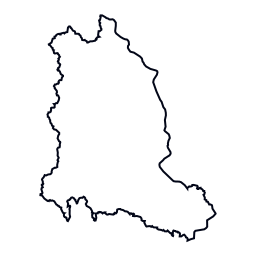 Hinthada, Ayeyarwady, Myanmar (orthographic projection)
{"feature_id": "60261553B48695999525720", "entity_name": "Hinthada", "entity_type": "district", "adm_level": 2, "iso_a3": "MMR", "parent_name": "Myanmar", "parent_adm1": "Ayeyarwady", "projection": "orthographic", "projection_center": [95.142, 17.923], "detail": "fine", "context": "isolated", "style": "outline", "palette": "ink", "viewbox_px": 256, "rotation_deg": 0, "n_neighbors": 0, "source": "geoboundaries", "source_scale": "gbopen_adm2", "svg_char_len": 5669}
<svg xmlns="http://www.w3.org/2000/svg" viewBox="0 0 256 256"><path d="M129.0,44.6L128.7,41.7L128.0,40.5L126.9,39.5L125.2,39.3L123.4,38.6L120.6,37.0L116.2,33.5L115.3,31.9L115.2,30.7L115.8,25.9L115.8,22.6L114.0,20.1L112.7,19.3L110.5,19.5L109.3,19.4L107.8,18.4L106.3,18.1L105.7,17.4L102.2,15.4L100.5,15.4L100.2,16.3L100.7,16.9L100.0,20.0L99.1,20.4L99.5,22.1L100.1,22.8L99.8,23.1L100.1,23.5L99.7,24.4L99.8,25.6L100.5,26.1L100.8,28.1L101.4,28.8L101.4,29.8L99.7,31.2L98.6,31.2L98.1,35.2L98.3,35.9L99.4,36.8L97.4,37.2L96.4,38.3L96.7,38.9L96.4,39.6L95.7,39.4L95.1,40.7L92.3,41.3L90.3,41.3L88.0,42.5L87.2,42.5L86.7,41.2L84.9,40.3L84.7,39.9L83.7,40.2L82.2,40.0L81.8,38.1L80.9,37.2L80.5,35.6L79.3,34.8L79.1,34.1L78.5,33.8L75.3,33.7L75.0,31.8L74.7,31.3L72.9,30.6L71.3,28.1L70.7,27.9L70.5,27.1L70.0,26.5L69.1,26.4L68.0,27.5L67.3,32.1L65.6,32.4L64.5,33.3L64.3,32.8L63.6,32.8L61.0,33.5L60.7,34.5L59.7,34.4L59.2,33.8L57.8,34.1L56.4,34.9L55.6,36.3L54.5,36.6L54.7,38.2L52.7,38.7L51.5,42.6L48.8,44.3L49.0,44.9L50.0,45.2L52.1,47.9L52.6,48.0L52.8,49.7L53.8,50.2L53.5,50.6L54.1,53.1L54.8,53.5L57.4,53.1L57.9,53.4L58.0,54.1L59.1,55.1L59.2,56.0L59.9,56.8L58.4,58.7L58.9,59.2L58.6,60.3L58.0,60.9L57.8,61.6L58.6,62.3L58.5,63.1L60.1,64.2L60.2,64.6L59.3,67.2L58.2,67.9L58.4,69.0L57.7,69.1L57.4,69.6L57.8,70.5L59.0,70.8L59.8,71.4L60.8,74.1L63.0,75.6L63.0,76.2L62.5,76.5L62.5,76.8L61.9,77.7L61.4,80.1L59.6,80.2L58.9,80.9L58.5,81.8L58.9,82.7L58.3,83.7L57.4,83.6L55.7,84.6L54.9,84.5L53.9,86.1L54.8,87.5L54.7,88.2L56.8,90.9L57.0,92.3L56.4,93.5L56.9,95.3L57.7,95.2L58.2,95.6L59.2,97.9L58.7,100.3L57.3,103.1L56.1,103.1L55.2,103.9L54.0,104.0L54.7,104.9L54.6,107.3L54.0,107.7L51.7,107.7L51.0,108.1L51.1,110.2L50.8,110.7L50.8,111.6L49.7,112.4L48.5,112.4L48.5,112.9L47.5,114.4L47.9,116.1L47.8,116.8L49.1,117.5L49.5,119.2L50.2,120.2L50.1,121.2L50.6,123.0L51.4,123.6L52.1,125.7L53.5,126.4L52.9,128.0L54.1,129.4L56.0,129.8L59.2,132.8L59.2,134.2L58.3,135.4L57.6,138.4L59.1,141.3L60.1,141.8L60.3,142.2L59.7,145.0L59.9,145.8L59.6,147.3L58.2,147.6L57.4,148.6L57.2,149.3L57.8,152.5L57.6,155.7L58.7,157.8L57.5,160.1L58.3,161.2L57.8,162.0L57.2,164.9L57.3,167.0L55.7,167.8L54.8,167.7L52.3,169.1L51.6,171.5L51.7,172.6L51.2,173.5L50.3,174.2L48.1,174.5L46.0,175.5L44.7,175.1L43.6,177.4L42.4,178.6L42.0,179.6L42.8,181.5L42.8,182.8L43.3,183.8L42.8,184.6L41.8,184.7L41.8,185.4L42.8,187.3L41.7,188.0L41.4,189.3L42.5,192.9L41.9,193.7L40.5,194.1L40.4,195.2L42.1,195.5L44.3,198.5L47.5,200.9L47.8,200.7L48.9,201.1L49.2,200.4L50.0,200.0L51.0,200.8L52.2,200.4L54.3,201.3L56.3,204.5L57.3,205.0L57.7,205.7L58.8,205.9L59.5,207.0L61.3,207.6L61.1,209.0L62.5,211.9L63.2,213.0L64.4,213.2L64.0,213.5L63.9,215.0L64.0,216.1L64.7,217.1L65.8,217.3L66.5,217.9L66.4,218.6L67.2,219.7L67.0,220.1L67.4,220.9L67.9,221.1L70.1,216.8L69.6,214.2L69.7,209.9L69.4,209.1L70.0,207.5L70.2,206.2L70.0,205.8L69.4,205.7L67.7,206.6L68.1,203.5L67.2,201.4L67.7,200.5L69.3,200.0L69.6,199.4L70.1,199.4L71.2,197.7L72.3,197.4L74.0,198.3L74.5,199.3L75.3,199.7L75.3,200.5L76.1,201.6L76.7,203.4L77.2,203.3L78.4,199.8L79.5,198.1L81.1,197.7L82.6,197.8L83.5,196.7L84.4,197.1L85.2,198.1L85.4,199.4L86.8,200.6L87.1,201.7L85.8,204.0L86.7,206.0L89.2,207.3L90.6,208.4L92.2,211.4L91.9,212.6L93.6,213.2L92.4,214.1L92.1,214.9L92.3,216.6L92.4,217.4L94.1,218.5L93.9,220.1L94.7,220.7L95.6,220.5L96.3,217.8L95.7,214.1L96.1,213.4L97.8,213.3L98.0,212.4L98.4,212.2L99.1,212.0L99.6,212.4L100.1,212.3L100.2,212.0L101.0,212.1L102.6,213.4L103.2,212.7L104.4,212.8L104.6,212.4L105.4,212.4L105.2,213.2L106.8,214.5L107.8,214.6L109.0,214.0L113.3,214.6L113.9,214.3L113.5,214.0L114.9,212.7L116.2,213.2L116.9,212.2L117.2,209.6L118.4,209.1L120.3,209.0L120.7,209.5L123.2,210.1L125.2,211.4L126.0,211.3L127.7,211.8L129.7,214.1L129.9,213.3L131.3,213.4L131.6,213.9L133.4,213.6L133.9,213.9L134.1,214.2L133.1,215.3L133.0,216.0L134.6,216.2L136.9,216.0L140.4,217.0L141.4,218.3L141.6,219.4L141.5,220.1L142.5,220.9L144.8,221.0L144.3,222.7L146.0,226.0L146.5,226.5L149.2,226.1L150.8,226.3L151.2,226.8L152.2,226.1L152.7,226.8L153.8,227.4L157.2,227.5L157.1,228.6L158.4,229.5L161.6,230.0L162.6,230.6L163.3,230.5L163.6,230.1L164.7,231.3L166.8,231.4L167.6,230.5L170.1,233.0L171.4,233.2L171.6,234.6L172.5,235.8L173.0,236.0L173.2,235.2L172.4,234.5L172.1,233.5L172.9,233.1L172.8,232.3L173.3,230.7L173.7,230.5L174.5,231.0L175.5,231.0L176.1,231.7L177.5,231.7L177.7,232.3L178.3,232.1L179.5,232.8L179.5,233.3L180.0,233.8L179.7,236.4L181.3,236.4L183.3,234.9L184.3,234.7L185.7,236.4L186.0,237.4L187.1,237.8L187.7,238.9L187.5,240.6L190.8,239.2L194.0,238.3L194.3,232.1L195.4,230.8L204.3,229.3L206.2,228.0L207.2,226.7L207.1,220.3L213.2,216.4L215.6,213.7L215.5,213.3L212.5,208.7L212.0,205.3L210.4,204.4L209.2,204.5L207.9,201.8L206.4,201.5L206.3,200.1L204.7,199.4L204.8,197.5L203.5,194.8L204.3,194.3L204.8,192.5L203.9,191.3L204.0,191.0L203.2,191.0L202.9,190.1L202.1,189.2L200.7,188.5L200.6,187.8L199.4,188.0L198.5,189.0L197.6,189.0L197.0,188.4L197.7,186.5L197.3,185.8L193.6,184.9L192.3,185.0L192.2,185.9L191.2,186.4L189.3,186.7L189.1,186.5L187.3,188.0L187.3,188.5L184.8,185.2L181.1,182.2L179.2,181.6L175.5,181.5L173.7,181.2L172.9,180.6L163.3,171.4L159.8,166.9L159.4,164.8L159.7,163.3L163.0,160.3L164.3,158.7L169.6,155.3L170.6,153.7L170.5,152.1L167.9,147.7L167.5,145.9L168.1,145.0L167.9,143.5L168.5,140.7L169.8,138.0L169.3,135.6L168.7,134.2L165.0,131.2L164.4,130.3L165.6,126.7L164.9,120.0L165.9,115.4L165.8,112.7L165.1,109.4L163.4,107.2L161.6,101.8L160.2,99.9L156.4,91.3L153.2,82.2L153.8,79.5L156.9,74.7L157.5,72.3L157.2,71.2L156.0,70.5L150.4,68.9L146.1,66.5L144.2,64.3L143.5,62.6L142.6,61.6L141.9,58.5L140.1,56.6L133.9,52.6L130.4,51.7L128.9,49.7L127.9,47.9L128.0,46.0L129.0,44.6Z" fill="none" stroke="#020617" stroke-width="2"/></svg>